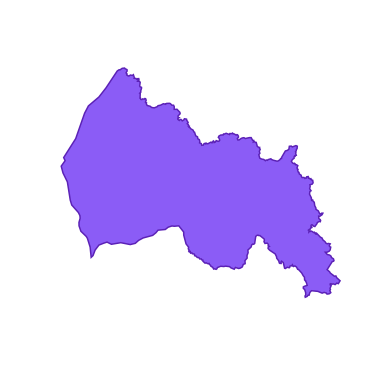 Dakcheung, Xékong, Laos (Mercator projection), rotated 342°
{"feature_id": "54806243B33031915083472", "entity_name": "Dakcheung", "entity_type": "district", "adm_level": 2, "iso_a3": "LAO", "parent_name": "Laos", "parent_adm1": "Xékong", "projection": "mercator", "projection_center": [107.512, 15.387], "detail": "fine", "context": "isolated", "style": "filled", "palette": "violet", "viewbox_px": 384, "rotation_deg": 342, "n_neighbors": 0, "source": "geoboundaries", "source_scale": "gbopen_adm2", "svg_char_len": 6086}
<svg xmlns="http://www.w3.org/2000/svg" viewBox="0 0 384 384"><g transform="rotate(342 192 192)"><path d="M267.2,327.1L269.2,326.9L270.5,326.0L271.5,326.3L273.0,324.0L275.1,322.8L281.0,325.4L284.5,328.4L286.6,328.3L288.5,329.6L288.6,330.5L289.5,331.0L291.3,331.2L292.9,330.6L292.6,328.3L293.5,327.6L293.4,326.6L293.9,325.8L295.4,324.1L294.7,323.0L295.1,322.1L295.8,322.1L296.6,323.0L297.9,323.0L299.5,324.3L301.6,323.4L302.8,324.4L305.4,322.2L303.1,318.1L302.9,316.3L301.4,316.1L298.5,311.8L298.2,310.4L296.5,307.6L303.9,301.5L305.2,301.6L305.8,301.2L305.9,299.3L304.4,297.4L304.4,296.0L303.4,294.5L301.4,293.3L300.2,290.5L301.9,291.0L304.2,290.7L305.5,289.8L306.9,287.3L306.0,286.4L306.1,285.2L307.4,284.0L305.9,283.1L304.6,283.0L303.6,282.1L303.2,280.4L301.7,278.0L301.4,275.8L300.2,274.7L297.8,269.8L297.2,270.5L296.7,270.2L296.4,269.8L296.6,269.0L296.0,268.7L296.0,268.1L295.1,268.1L294.2,266.8L292.9,265.7L292.4,266.1L291.5,265.8L290.9,266.1L291.5,264.8L291.0,264.2L292.1,263.8L292.9,263.9L294.1,262.5L294.8,262.9L295.2,262.6L294.6,261.1L295.4,260.2L296.1,260.3L297.2,262.2L298.2,262.8L301.1,260.7L301.7,259.8L303.9,259.3L304.8,259.9L305.5,258.9L305.4,257.9L304.4,256.4L305.0,254.1L306.0,254.6L308.7,253.8L309.9,252.6L309.0,252.2L307.2,252.6L306.7,252.2L306.3,249.0L304.5,246.7L304.9,245.6L304.5,242.9L305.1,239.5L304.3,238.1L304.3,236.9L303.2,236.9L303.7,234.3L303.1,230.3L304.3,227.9L305.6,227.6L304.9,225.3L306.1,223.2L306.4,221.5L308.6,221.7L310.0,220.7L310.4,218.3L309.9,218.2L309.6,217.0L309.0,216.8L309.1,216.1L308.4,216.1L308.1,215.4L307.3,215.1L307.3,213.2L305.7,213.0L305.3,214.1L304.2,213.7L303.6,214.0L303.0,212.8L301.1,212.2L300.8,211.1L301.0,209.8L299.6,207.9L299.8,206.4L299.3,206.1L299.2,204.7L299.3,203.5L299.8,203.2L299.3,202.4L299.5,201.2L300.8,199.6L299.8,198.3L298.8,198.0L298.8,197.0L298.3,196.3L297.7,196.5L296.6,195.5L296.0,193.5L297.5,192.2L299.6,191.4L299.8,190.4L300.6,189.5L301.1,189.9L301.5,189.2L302.5,189.3L302.5,187.3L303.1,186.4L302.9,185.7L303.8,185.1L304.5,183.7L305.3,183.3L306.3,181.0L305.2,180.0L301.3,180.1L300.6,179.0L298.7,178.6L297.4,181.2L295.6,181.9L293.5,181.8L288.0,186.7L287.5,187.8L286.6,187.6L285.9,188.3L283.9,189.0L282.5,189.0L279.0,186.8L277.4,185.4L277.3,184.8L274.3,184.7L273.6,185.2L272.5,184.5L271.4,184.9L270.3,183.2L268.4,182.2L266.9,180.7L267.1,177.1L268.5,176.2L268.6,174.1L270.1,172.4L269.7,171.4L270.1,170.5L269.3,170.2L268.2,168.8L268.4,164.7L267.6,164.4L266.9,163.3L265.8,163.4L266.6,162.0L265.6,161.5L265.1,158.6L263.3,158.0L259.2,157.6L258.2,156.4L257.1,156.2L255.5,156.2L252.9,157.0L251.7,156.7L251.6,155.2L253.1,154.3L253.4,153.2L253.0,151.7L252.5,151.3L251.6,151.5L249.8,149.6L249.0,149.4L248.8,148.5L247.7,148.7L246.0,148.1L245.4,148.9L242.6,146.7L240.4,146.9L239.9,146.6L239.4,147.3L236.8,146.7L234.9,147.1L233.9,148.2L234.4,149.2L234.4,151.2L233.6,151.9L232.5,151.9L230.9,150.6L229.6,151.7L228.4,151.8L228.5,150.6L228.1,150.0L226.2,151.4L225.5,150.4L222.2,151.0L221.1,150.7L220.8,150.1L219.9,150.4L219.7,149.7L218.3,149.8L217.3,150.9L215.7,150.6L215.8,148.8L214.4,147.6L215.1,146.3L215.1,144.4L214.0,143.2L214.3,141.2L212.9,139.7L212.9,135.9L212.4,135.6L212.1,133.4L210.3,131.4L210.0,130.3L209.2,129.6L209.8,128.7L209.0,128.1L209.4,127.9L209.3,126.7L208.6,125.6L209.8,124.7L209.2,122.2L209.3,121.0L207.4,120.0L206.5,120.9L204.7,121.3L204.0,119.6L203.2,119.4L202.0,120.0L201.0,118.5L201.1,117.9L202.6,117.3L201.8,116.9L202.2,115.4L204.9,113.9L205.1,112.5L203.3,108.7L200.6,107.9L201.5,105.3L201.3,103.8L199.7,103.2L198.7,101.2L198.0,100.7L195.2,99.9L194.1,100.3L194.0,99.9L192.9,99.8L192.0,99.2L188.9,99.7L186.4,99.4L185.3,100.1L182.1,100.3L179.7,99.1L178.7,97.5L176.1,95.9L175.8,93.8L176.3,93.1L175.5,92.2L176.8,90.5L176.7,88.9L176.0,88.5L175.2,89.0L173.9,88.2L172.9,88.6L171.9,88.1L172.0,86.7L171.6,86.6L173.2,82.4L172.8,81.9L174.2,81.2L174.5,80.0L176.2,77.5L176.3,76.8L175.2,76.0L175.0,75.0L176.6,71.7L176.3,70.5L174.6,69.9L176.3,68.7L176.4,67.7L175.3,67.4L174.8,68.0L174.4,68.0L173.8,66.7L172.2,66.0L172.5,65.7L172.5,62.3L171.3,62.7L169.5,61.7L168.4,62.1L167.3,62.0L166.1,60.5L166.7,59.7L166.2,59.1L166.3,58.0L167.7,56.9L168.0,55.5L166.4,54.0L166.2,53.3L163.8,52.8L161.2,53.6L160.5,53.2L158.3,53.8L142.4,66.4L132.8,72.9L120.1,78.1L114.2,83.9L97.9,105.3L80.6,119.6L81.0,123.0L75.6,127.0L75.2,134.0L76.6,143.9L73.7,162.1L73.6,167.2L77.6,176.4L78.1,179.8L77.5,182.4L75.1,186.0L74.1,189.3L74.2,195.0L77.7,201.6L78.2,203.7L78.1,212.9L75.9,223.0L78.2,221.9L81.9,217.3L87.1,213.7L92.2,213.4L95.7,213.4L99.2,216.8L108.6,218.2L117.0,222.9L122.2,223.3L126.3,221.5L131.4,220.6L141.2,221.1L145.1,219.6L147.9,217.8L155.0,219.4L158.5,218.1L162.4,218.1L164.6,219.1L169.0,220.1L171.7,227.5L170.8,230.5L170.3,239.5L171.7,243.4L170.9,244.9L171.3,246.5L170.6,247.2L170.9,248.2L172.0,248.1L171.8,249.7L173.1,249.9L173.3,250.9L174.7,251.5L175.1,252.1L174.8,253.4L175.9,254.1L176.8,255.9L178.2,256.5L178.7,258.1L180.2,258.6L180.3,259.6L181.3,260.2L181.0,261.2L182.4,263.7L183.7,263.8L184.6,264.9L186.2,265.3L186.0,266.0L187.0,267.5L187.0,268.4L188.4,270.0L188.8,272.0L189.9,272.1L191.0,273.0L192.0,272.7L192.8,271.7L196.4,271.5L199.2,272.7L201.0,272.9L204.7,274.6L205.5,276.1L208.3,278.5L210.0,277.2L212.8,279.2L214.6,279.3L216.7,278.8L218.4,276.7L220.4,276.6L221.2,273.6L224.0,271.9L224.7,269.4L226.6,267.1L227.2,264.5L231.2,262.6L232.5,260.7L233.6,260.3L234.5,260.8L235.7,260.3L238.9,253.9L240.5,253.3L241.5,253.5L242.2,254.2L243.1,254.4L246.1,259.0L246.0,260.1L245.1,261.5L245.5,263.5L247.6,263.8L248.2,264.9L248.4,265.7L247.9,266.5L248.7,267.6L247.5,267.8L246.9,269.3L247.9,271.4L252.0,276.6L252.4,279.7L252.1,281.1L253.2,284.3L253.1,286.5L253.4,287.0L254.7,287.5L255.0,286.1L255.8,285.5L257.0,287.3L256.5,293.1L257.1,293.6L259.3,293.0L261.1,294.1L261.6,293.9L262.2,292.8L263.7,292.7L264.2,293.2L265.0,292.3L265.5,294.2L267.0,294.1L268.2,295.6L268.6,298.2L269.2,298.4L271.3,302.9L271.9,306.0L272.6,307.7L271.9,310.5L272.7,311.6L272.4,312.1L272.8,313.3L272.7,316.4L269.5,316.4L268.5,316.7L268.1,318.1L269.0,319.6L269.0,322.7L268.4,324.9L267.3,325.9L267.2,327.1Z" fill="#8b5cf6" stroke="#5b21b6" stroke-width="1.5"/></g></svg>